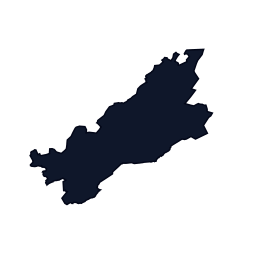 Šķaunes pag., Dagdas, Latvia, rotated 332°
{"feature_id": "27541924B39109314614012", "entity_name": "Šķaunes pag.", "entity_type": "district", "adm_level": 2, "iso_a3": "LVA", "parent_name": "Latvia", "parent_adm1": "Dagdas", "projection": "equal_earth", "projection_center": [27.922, 56.167], "detail": "fine", "context": "isolated", "style": "filled", "palette": "ink", "viewbox_px": 256, "rotation_deg": 332, "n_neighbors": 0, "source": "geoboundaries", "source_scale": "gbopen_adm2", "svg_char_len": 5454}
<svg xmlns="http://www.w3.org/2000/svg" viewBox="0 0 256 256"><g transform="rotate(332 128 128)"><path d="M30.9,103.8L30.8,104.0L30.6,104.3L30.5,104.5L30.4,104.8L30.3,105.0L30.2,105.6L29.4,106.0L28.9,106.2L28.7,106.3L28.6,106.5L28.7,106.8L28.7,107.8L28.7,108.2L28.7,108.4L28.7,108.8L28.7,109.1L28.7,109.3L28.7,109.5L28.7,110.0L28.8,110.8L28.7,112.0L28.8,112.3L28.5,112.4L28.4,112.9L27.8,113.7L27.5,113.8L26.1,114.2L24.6,114.7L24.4,115.4L24.3,115.5L25.0,116.5L27.7,118.3L29.4,118.8L31.0,119.0L31.1,119.3L31.6,119.5L32.4,120.4L32.5,120.5L33.5,120.7L34.1,120.7L34.1,120.8L34.1,121.6L33.7,121.8L33.8,122.2L35.5,123.2L35.8,123.5L36.1,123.7L36.9,125.8L35.6,126.9L35.2,127.4L35.0,127.5L34.6,127.5L34.5,127.4L34.0,126.9L33.9,126.6L32.4,126.4L32.0,126.7L32.2,126.8L32.3,127.0L32.4,127.3L32.1,128.1L31.9,128.5L31.5,128.7L31.2,129.3L31.3,129.5L31.2,129.7L31.2,130.7L31.2,130.8L31.6,131.5L32.4,131.9L32.8,132.4L33.1,132.6L33.2,132.9L33.2,133.2L33.2,133.4L33.4,134.0L33.2,134.5L33.4,135.2L33.3,135.3L32.6,135.4L32.1,135.7L31.0,135.9L30.9,136.0L30.7,136.1L30.7,136.4L30.5,137.3L29.7,137.6L29.6,138.2L29.8,139.2L29.7,139.3L30.0,139.9L30.0,140.0L29.9,140.2L32.1,139.8L35.9,140.0L36.3,140.3L37.0,139.8L38.7,140.1L39.6,140.4L40.6,140.9L41.3,141.0L42.2,141.2L42.5,141.6L43.3,141.5L46.9,141.7L47.4,142.7L48.3,144.2L48.6,144.8L47.9,144.9L45.5,145.0L41.9,152.9L42.0,153.4L43.5,153.6L43.4,154.9L44.4,155.7L38.3,158.3L36.7,159.0L36.9,164.8L37.6,166.0L38.2,166.9L41.3,166.7L41.6,166.7L42.0,166.8L42.6,167.2L42.8,167.5L43.0,168.2L43.9,168.7L44.5,168.2L45.4,168.1L46.0,168.7L46.8,169.0L47.3,169.5L48.1,170.0L48.0,170.4L48.0,170.5L49.1,171.5L49.6,171.5L50.6,171.9L51.4,172.3L51.4,172.5L51.7,172.6L52.0,172.5L52.8,172.4L55.5,172.6L56.5,172.2L57.4,172.1L57.8,172.1L60.3,172.3L60.7,172.1L61.1,172.1L62.0,172.2L62.6,172.3L63.5,172.7L64.2,172.9L65.1,172.9L66.0,172.8L66.3,172.9L66.3,173.0L67.6,172.5L67.9,172.1L68.0,171.8L68.3,171.8L69.5,171.3L69.7,171.2L71.0,170.8L72.0,169.9L73.4,170.1L74.1,169.6L74.5,169.6L73.3,168.4L72.9,167.3L72.7,166.5L72.7,166.3L72.9,166.1L73.0,166.0L72.8,165.9L74.6,164.1L75.8,163.8L77.5,162.6L85.4,161.9L92.7,161.2L93.8,159.5L95.6,159.0L100.7,157.7L105.3,156.4L105.5,156.5L105.8,156.7L106.0,156.8L106.3,156.7L106.7,156.5L108.6,157.5L109.7,158.1L111.3,158.8L113.6,159.7L115.0,160.3L115.3,160.6L116.7,162.1L117.2,162.4L119.5,163.3L122.1,164.4L122.8,164.6L124.8,165.4L126.1,165.7L130.0,167.4L133.1,168.7L132.9,168.9L134.6,169.2L135.2,169.5L135.4,169.5L135.7,170.1L136.1,170.0L137.1,170.5L137.6,169.9L138.5,169.2L140.0,168.6L141.0,168.2L141.3,168.6L144.0,167.6L144.2,168.5L146.6,168.2L147.7,167.3L148.0,167.3L148.2,167.2L148.3,167.3L148.5,167.3L149.0,167.1L149.3,167.1L149.8,167.2L150.0,167.3L150.6,167.2L151.4,167.2L152.0,167.3L152.4,167.2L153.1,167.2L153.7,167.0L154.6,166.7L154.9,166.5L155.0,166.4L155.7,165.4L155.8,165.3L156.3,165.2L156.8,164.9L156.8,164.7L157.5,164.0L159.2,163.8L170.0,163.1L170.4,163.1L170.7,163.3L171.7,163.9L172.5,164.6L174.4,165.1L179.2,165.0L179.7,165.1L182.4,169.4L195.6,169.9L195.8,161.1L204.1,156.5L206.8,156.1L209.5,154.4L205.9,150.9L206.0,149.6L206.7,148.6L207.5,144.4L206.5,143.9L206.0,143.8L205.9,143.7L204.6,141.9L203.8,141.5L203.3,141.1L202.8,140.9L202.4,140.5L202.2,140.2L201.6,139.5L199.5,139.4L196.6,139.5L194.2,137.5L189.6,133.1L190.3,132.9L198.0,129.7L205.3,126.3L202.2,123.1L211.1,118.7L213.4,117.6L212.7,110.3L212.9,108.5L218.6,103.1L221.2,101.0L227.7,98.0L228.0,97.8L230.3,95.4L231.7,94.1L216.5,86.8L215.6,87.0L212.7,88.8L212.6,89.4L212.6,89.5L213.9,89.5L215.4,90.8L215.6,93.8L211.7,95.3L211.1,97.1L203.2,96.7L201.9,95.9L202.8,94.5L202.5,93.7L201.2,91.9L200.6,91.2L202.3,89.7L205.2,88.0L207.6,87.0L206.2,85.2L205.8,83.8L203.0,84.2L201.0,86.7L200.4,87.3L197.5,88.8L195.1,85.3L195.4,84.4L193.4,83.0L191.9,83.8L189.8,84.0L190.2,86.1L185.3,87.3L180.9,85.5L180.7,85.8L179.9,86.7L179.5,87.2L179.4,87.3L179.1,87.5L178.1,88.3L177.4,88.9L177.0,89.1L176.4,89.3L176.0,89.4L175.9,89.3L176.0,89.2L175.4,89.4L174.5,89.8L174.3,89.9L173.8,89.8L173.3,89.9L173.0,89.9L172.7,89.8L172.2,89.9L171.6,89.9L171.3,90.0L171.0,90.0L170.7,90.1L170.0,89.9L169.4,90.0L168.2,90.4L168.0,90.6L168.0,90.8L168.1,91.0L168.0,91.3L167.8,91.4L167.8,91.5L168.4,92.1L168.3,92.3L168.1,92.5L167.8,92.6L167.0,92.7L166.7,92.7L166.3,92.6L166.2,93.1L166.3,93.8L166.2,93.9L166.3,94.2L166.3,94.7L166.1,95.0L165.9,95.1L165.7,95.9L165.6,96.1L166.0,96.6L165.9,96.7L164.7,96.3L160.0,96.7L158.6,96.9L155.6,97.9L155.4,97.9L155.0,98.2L151.4,102.2L151.1,102.2L147.0,102.5L144.2,103.3L143.0,103.2L142.9,103.3L142.7,103.3L142.2,103.4L141.8,103.3L141.7,103.2L141.4,103.2L141.0,103.3L140.7,103.7L140.5,103.8L140.4,103.8L139.9,103.9L139.2,104.1L136.9,104.0L135.8,104.1L135.6,104.2L134.5,102.9L132.7,102.3L131.4,101.2L131.2,101.2L130.3,100.9L127.5,99.9L126.7,100.8L126.4,101.2L124.2,101.0L121.6,100.6L117.1,102.8L115.8,103.5L114.7,104.4L112.8,105.8L106.5,106.9L104.9,107.2L103.8,108.5L102.9,108.8L103.3,109.3L104.1,112.0L104.4,113.3L104.7,114.4L102.2,115.9L97.6,117.7L95.2,116.0L91.7,113.6L88.8,112.6L89.1,112.2L90.5,110.0L90.6,106.6L85.9,103.6L85.0,103.5L82.7,103.0L81.2,103.5L77.4,106.1L73.8,108.8L68.8,110.1L67.0,112.8L66.3,114.0L63.9,117.4L62.2,118.1L61.0,118.4L57.2,119.2L54.3,116.4L53.5,115.5L53.4,115.3L52.8,112.4L52.0,111.5L51.3,110.7L49.1,109.7L47.9,111.7L47.3,112.6L46.8,113.7L42.9,113.1L42.5,112.9L38.5,111.7L38.1,111.5L37.7,110.6L37.9,109.3L36.0,109.2L36.3,104.1L35.1,103.4L34.6,103.8L32.2,103.6L30.9,103.8Z" fill="#0f172a" stroke="#020617" stroke-width="1.5"/></g></svg>